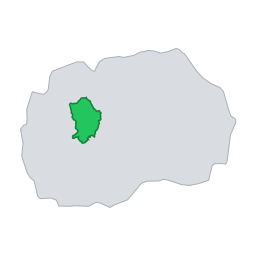 location of Makedonski Brod, Brod, North Macedonia, rotated 4°
{"feature_id": "65306769B48467279151544", "entity_name": "Makedonski Brod", "entity_type": "district", "adm_level": 2, "iso_a3": "MKD", "parent_name": "North Macedonia", "parent_adm1": "Brod", "projection": "equal_earth", "projection_center": [21.207, 41.644], "detail": "fine", "context": "in_parent", "style": "filled", "palette": "green", "viewbox_px": 256, "rotation_deg": 4, "n_neighbors": 0, "source": "geoboundaries", "source_scale": "gbopen_adm2", "svg_char_len": 2457}
<svg xmlns="http://www.w3.org/2000/svg" viewBox="0 0 256 256"><g transform="rotate(4 128 128)"><path d="M114.1,57.3L118.8,57.9L128.9,55.1L135.2,51.3L138.4,50.7L142.6,49.2L148.8,49.4L155.0,51.1L162.9,48.9L170.6,45.3L173.7,46.2L177.1,49.2L179.3,50.1L192.3,66.3L199.4,72.9L207.8,77.9L217.3,81.5L220.7,85.0L226.9,102.4L229.9,109.0L233.9,110.9L234.9,112.8L235.1,115.3L230.7,127.5L229.1,155.0L228.0,157.1L223.2,157.0L216.9,157.6L214.5,159.7L212.1,174.5L201.9,178.7L192.7,181.1L184.9,180.6L171.1,177.1L166.6,176.7L162.8,178.7L150.6,179.7L145.2,182.3L132.7,199.6L119.9,205.6L115.5,208.6L105.7,204.8L101.1,204.4L94.3,208.8L79.5,209.3L75.5,210.1L64.0,210.7L63.6,208.4L61.4,204.9L56.1,203.2L45.2,204.6L42.6,202.1L38.1,187.4L34.6,185.0L30.7,180.1L24.2,164.1L24.0,157.2L24.5,151.1L20.9,136.8L23.1,133.2L26.6,130.9L26.6,125.2L25.7,116.5L29.8,99.4L30.9,98.2L31.9,99.0L41.6,100.3L44.1,98.2L45.8,94.8L46.3,82.3L48.6,76.6L72.2,65.6L79.1,65.2L84.4,70.3L88.6,73.5L91.1,73.4L92.0,70.1L94.9,63.9L99.7,60.3L114.0,57.3L114.1,57.3Z" fill="#d9dde1" stroke="#a8b0b8" stroke-width="1"/><path d="M100.1,115.2L100.1,114.9L99.1,114.5L98.7,113.2L97.9,112.7L97.2,112.9L95.8,113.8L94.5,112.4L93.7,111.9L93.1,111.1L92.0,110.8L91.5,109.2L90.8,108.6L90.5,107.7L89.0,105.5L88.6,103.9L87.2,103.4L87.1,103.0L85.2,102.3L84.3,100.4L83.5,101.1L83.1,101.0L80.4,101.1L79.1,101.6L78.3,103.2L77.4,104.1L76.7,104.5L76.2,105.9L75.8,106.4L74.5,107.1L72.7,107.2L71.1,107.8L69.9,107.3L69.1,107.3L68.5,107.7L68.1,108.7L68.5,109.6L68.7,110.6L69.5,112.0L69.6,113.5L70.2,114.2L70.4,117.0L71.6,117.7L71.8,120.2L71.8,120.5L71.5,120.7L71.5,121.5L72.4,122.2L72.8,123.1L73.4,123.7L75.0,124.0L75.6,124.8L75.6,127.9L76.0,129.4L75.7,129.9L75.6,131.1L75.9,132.3L76.6,132.4L77.9,133.6L77.8,133.8L78.3,134.3L78.5,135.1L77.3,136.6L77.2,137.1L76.4,137.4L75.2,138.6L73.4,139.7L73.5,140.0L73.3,140.9L73.8,141.2L73.7,142.0L75.3,141.9L76.1,140.9L78.1,140.7L79.2,140.1L79.0,141.9L80.7,144.0L82.0,144.8L82.8,144.7L82.8,145.9L84.1,146.3L86.2,145.5L86.3,144.7L87.4,144.4L88.3,143.2L88.4,142.0L89.3,142.2L88.6,141.0L89.0,139.9L89.8,140.0L90.2,139.6L90.1,139.2L91.0,139.6L91.4,138.2L92.0,137.8L93.3,138.0L94.9,139.2L95.1,139.3L95.3,139.0L95.0,137.3L95.9,135.5L95.6,135.0L95.8,133.3L96.2,132.9L96.8,132.7L97.2,131.7L97.8,130.8L98.5,127.6L98.4,126.8L99.0,125.4L98.7,124.0L98.1,122.7L99.8,122.1L99.8,121.7L100.4,120.9L99.9,119.7L99.8,118.8L100.0,118.2L99.3,116.0L100.1,115.2Z" fill="#22c55e" stroke="#15803d" stroke-width="1.5"/></g></svg>